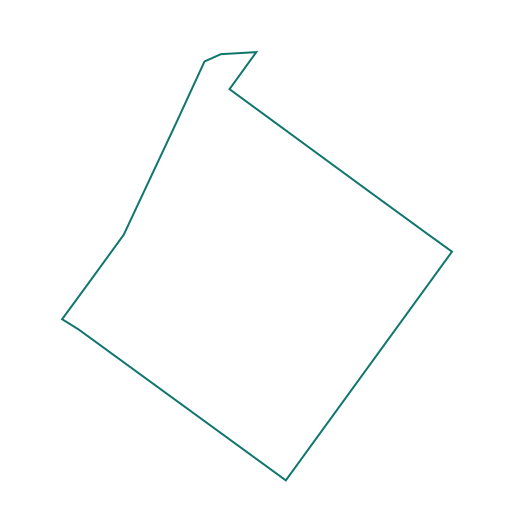 outline of Scott, Mississippi, United States of America, rotated 36°
{"feature_id": "52423323B58767742506518", "entity_name": "Scott", "entity_type": "district", "adm_level": 2, "iso_a3": "USA", "parent_name": "United States of America", "parent_adm1": "Mississippi", "projection": "mercator", "projection_center": [-89.587, 32.428], "detail": "fine", "context": "isolated", "style": "outline", "palette": "teal", "viewbox_px": 512, "rotation_deg": 36, "n_neighbors": 0, "source": "geoboundaries", "source_scale": "gbopen_adm2", "svg_char_len": 344}
<svg xmlns="http://www.w3.org/2000/svg" viewBox="0 0 512 512"><g transform="rotate(36 256 256)"><path d="M412.0,137.3L381.0,137.4L310.9,137.3L136.5,136.6L136.4,90.9L108.9,113.4L100.0,128.9L113.3,195.7L136.5,316.6L136.5,373.0L136.3,421.1L155.8,419.7L412.0,420.0L412.0,373.1L412.0,137.3Z" fill="none" stroke="#0f766e" stroke-width="2"/></g></svg>